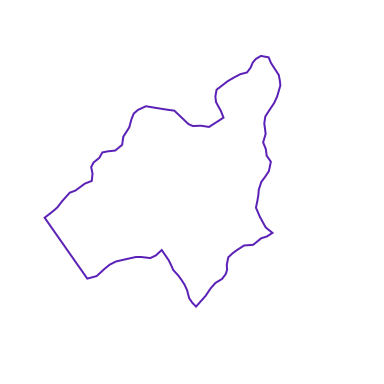 the district of Santa Ernestina, São Paulo, Brazil, rotated 147°
{"feature_id": "56859067B52620744668787", "entity_name": "Santa Ernestina", "entity_type": "district", "adm_level": 2, "iso_a3": "BRA", "parent_name": "Brazil", "parent_adm1": "São Paulo", "projection": "orthographic", "projection_center": [-48.379, -21.446], "detail": "fine", "context": "isolated", "style": "outline", "palette": "violet", "viewbox_px": 384, "rotation_deg": 147, "n_neighbors": 0, "source": "geoboundaries", "source_scale": "gbopen_adm2", "svg_char_len": 1403}
<svg xmlns="http://www.w3.org/2000/svg" viewBox="0 0 384 384"><g transform="rotate(147 192 192)"><path d="M329.6,250.7L327.0,176.4L317.8,173.4L307.0,175.2L300.5,175.9L293.5,175.1L284.5,171.8L274.6,168.1L269.8,165.0L263.0,159.3L256.8,158.5L249.0,159.8L248.7,147.4L249.3,142.5L250.2,136.7L249.0,129.5L248.7,124.3L248.7,118.5L249.6,112.3L252.2,104.5L252.1,99.1L251.0,93.7L237.1,97.5L228.7,101.1L221.7,103.0L214.2,102.7L208.4,104.8L204.9,107.7L202.4,112.1L197.1,117.5L191.3,118.5L185.9,118.8L177.5,118.8L169.5,114.4L159.2,115.5L153.4,113.9L146.8,113.9L149.5,122.2L148.6,134.1L146.9,144.0L141.3,149.7L137.6,153.8L134.8,157.5L128.4,162.7L122.2,165.0L116.2,167.6L109.4,174.4L109.6,181.8L106.7,187.8L105.3,194.9L98.6,200.6L94.0,210.2L89.4,215.4L82.3,218.6L74.6,221.9L68.6,225.7L64.3,229.4L59.9,233.2L57.7,237.5L55.5,242.9L55.5,249.3L55.5,257.1L54.4,263.2L60.1,268.6L66.0,268.8L70.5,267.5L75.1,264.4L80.7,262.3L87.4,264.5L94.9,265.2L101.7,265.5L115.7,264.4L120.5,259.2L122.9,254.2L123.6,244.4L125.1,237.2L142.3,237.3L148.5,242.8L155.3,246.8L158.0,250.9L162.5,269.8L168.6,275.1L177.6,283.2L183.9,289.0L192.5,290.3L198.1,289.5L202.9,286.2L209.4,280.4L219.5,275.8L224.9,269.6L233.8,268.6L241.0,272.2L245.7,274.0L251.1,271.1L258.5,270.4L263.0,267.8L265.4,261.6L270.0,255.9L277.3,257.4L289.0,256.7L294.9,258.0L305.7,255.1L313.4,252.4L318.0,251.7L329.6,250.7Z" fill="none" stroke="#5b21b6" stroke-width="2"/></g></svg>